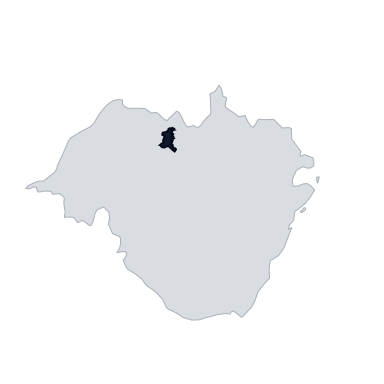 Chhloung, Krâchéh, Cambodia shown in context, rotated 225°
{"feature_id": "14789045B96545795392219", "entity_name": "Chhloung", "entity_type": "district", "adm_level": 2, "iso_a3": "KHM", "parent_name": "Cambodia", "parent_adm1": "Krâchéh", "projection": "robinson", "projection_center": [106.098, 12.159], "detail": "fine", "context": "in_parent", "style": "filled", "palette": "ink", "viewbox_px": 384, "rotation_deg": 225, "n_neighbors": 0, "source": "geoboundaries", "source_scale": "gbopen_adm2", "svg_char_len": 6784}
<svg xmlns="http://www.w3.org/2000/svg" viewBox="0 0 384 384"><g transform="rotate(225 192 192)"><path d="M311.8,77.0L312.6,80.0L310.6,85.6L308.5,90.6L304.6,95.0L304.4,98.3L303.1,108.0L303.6,111.1L304.5,113.7L305.8,115.2L309.2,124.7L312.4,133.3L315.4,140.4L316.0,144.9L313.2,156.3L309.9,166.7L310.2,171.9L311.6,177.1L313.1,184.1L313.7,193.0L312.9,198.8L311.4,202.4L308.6,206.1L306.1,207.9L303.1,204.8L300.8,204.7L297.6,205.6L295.1,207.1L290.0,212.5L284.4,217.7L276.6,219.1L273.5,223.0L270.3,223.5L264.1,223.7L260.1,224.7L260.3,226.6L260.0,235.9L260.0,238.1L259.4,238.7L256.6,238.9L251.9,237.5L245.5,235.2L240.9,234.8L238.6,238.9L237.2,240.5L235.5,240.7L233.7,241.4L233.1,243.2L232.9,245.5L233.8,249.4L234.1,255.5L233.9,259.7L235.5,262.3L245.3,271.2L248.2,273.5L248.5,274.8L246.8,279.6L248.4,286.4L245.3,286.3L240.2,283.4L237.7,281.6L234.8,283.0L233.7,282.7L231.7,279.4L229.1,276.0L226.4,275.8L220.7,277.1L214.9,278.0L212.7,278.0L211.8,278.7L208.4,283.7L207.0,282.9L201.1,280.9L195.8,280.2L194.6,281.5L195.3,285.7L196.5,289.7L195.8,291.4L192.8,293.5L188.9,297.4L186.6,300.4L184.9,301.1L179.0,301.0L173.1,301.4L170.7,304.2L168.5,306.4L166.6,307.0L158.9,300.0L143.6,297.6L141.9,294.5L140.4,293.9L139.0,297.9L130.6,301.7L127.1,299.4L124.5,296.6L124.9,293.2L127.3,290.4L131.5,288.4L133.5,281.3L130.3,272.3L127.5,269.7L124.6,267.6L121.5,270.9L118.9,276.7L116.2,279.6L112.3,280.3L106.7,280.1L104.6,271.5L103.9,264.1L104.6,255.7L105.5,250.8L100.1,243.9L99.8,237.4L97.2,234.0L96.5,235.7L96.5,237.6L95.8,236.2L87.3,217.1L85.9,208.2L87.4,201.4L88.3,199.1L85.8,195.5L82.4,191.4L76.3,186.0L75.9,177.5L74.6,167.5L72.8,164.2L70.0,158.0L68.5,152.9L68.0,139.4L68.8,138.3L73.1,137.9L78.7,137.0L79.6,134.8L78.6,133.0L82.2,129.9L87.3,123.3L91.2,116.3L94.1,111.8L95.8,107.5L101.5,101.3L109.4,97.0L114.8,96.0L120.3,94.5L125.7,92.4L128.2,92.2L134.8,94.7L138.4,95.4L142.2,95.4L146.1,95.6L149.5,95.4L157.6,93.6L166.2,95.0L173.9,93.9L183.4,91.9L188.1,93.2L192.4,95.2L193.0,99.3L194.0,101.2L195.4,102.6L197.3,102.6L199.7,99.7L201.7,96.8L202.4,96.2L202.5,97.7L203.5,100.9L205.3,104.0L207.1,106.1L210.2,108.9L212.2,109.1L218.7,106.4L228.5,110.2L229.6,112.2L232.8,116.0L236.2,118.8L243.8,119.0L246.5,112.2L245.2,108.0L240.9,100.7L239.7,96.4L241.1,95.7L248.4,94.8L249.6,94.0L251.2,89.3L253.2,89.8L257.3,90.4L261.6,87.2L264.2,83.8L265.6,85.4L267.1,87.7L268.7,89.1L271.8,91.2L275.3,94.0L277.4,96.8L279.1,97.9L283.5,97.1L284.6,97.3L287.2,93.8L288.9,92.0L290.4,92.5L292.6,92.5L297.2,88.1L299.8,84.1L301.2,83.1L305.3,85.0L307.0,84.6L309.3,79.2L311.8,77.0ZM101.7,260.2L100.9,260.7L100.1,260.7L99.3,259.9L99.4,256.8L99.9,254.9L101.3,254.6L101.7,260.2ZM114.4,290.5L112.7,292.6L110.0,288.3L110.0,287.1L114.4,290.5Z" fill="#d9dde1" stroke="#a8b0b8" stroke-width="1"/><path d="M250.9,223.8L251.0,223.6L251.4,223.4L251.2,223.2L251.0,222.7L251.3,222.7L251.5,222.8L251.6,223.0L251.6,222.9L251.7,222.6L251.7,222.1L251.9,221.8L252.0,221.7L252.1,221.9L252.3,221.8L252.5,221.5L253.0,221.6L253.0,221.4L252.7,221.0L252.6,220.9L252.6,220.7L252.7,220.4L252.9,220.4L252.9,220.2L253.0,220.1L253.3,220.2L253.4,219.7L252.8,219.4L252.7,219.2L252.2,219.0L252.2,218.9L252.3,218.5L252.5,218.4L252.4,218.1L252.5,217.8L252.2,217.5L252.2,217.4L252.4,217.3L252.5,217.3L252.4,217.1L252.5,216.8L252.8,216.8L252.8,216.7L252.7,216.5L252.5,216.4L252.4,216.2L252.5,216.0L252.9,215.9L253.1,215.8L253.1,215.7L253.2,215.3L253.3,215.4L253.4,215.1L253.6,215.1L253.6,214.9L253.5,214.7L253.5,214.4L253.8,214.3L253.8,214.2L253.7,214.1L253.8,214.0L254.0,214.1L254.1,213.9L254.5,213.9L254.8,213.4L254.6,213.1L254.7,212.9L254.4,212.7L253.9,212.1L254.0,211.7L253.9,211.6L253.9,211.4L253.7,211.3L253.6,211.2L253.5,211.3L253.4,211.4L253.4,211.5L253.1,211.5L252.9,211.5L252.8,211.4L252.6,211.4L252.3,211.6L252.1,211.7L251.6,211.6L251.0,211.7L250.7,211.7L250.4,211.5L250.4,211.3L250.3,211.0L250.3,210.8L250.3,210.4L250.0,209.9L249.6,209.3L249.5,209.1L249.6,208.9L249.6,208.7L249.3,208.5L249.0,208.1L248.7,207.4L248.2,207.4L247.9,207.3L247.4,207.3L247.3,207.1L247.2,207.0L247.3,206.7L247.3,206.4L247.6,205.5L247.8,205.2L247.8,204.9L248.0,204.7L248.0,204.1L247.8,203.6L247.8,203.4L248.1,202.9L248.1,202.6L248.1,202.2L248.0,202.3L247.8,202.4L247.6,202.4L247.1,202.5L246.5,202.3L245.6,202.2L244.8,202.3L244.4,202.4L244.0,202.8L243.9,203.1L243.7,203.2L243.6,203.3L243.5,203.6L243.0,203.9L242.7,203.9L242.7,204.3L242.6,204.9L242.0,206.1L241.7,206.5L241.1,207.3L240.7,207.5L240.3,207.6L240.1,207.8L239.7,207.8L239.1,207.7L235.0,207.8L233.3,208.1L232.7,208.1L232.7,208.4L232.7,209.0L232.9,209.2L232.9,209.5L233.0,209.5L233.0,210.0L233.1,210.5L233.3,210.9L233.4,211.0L233.6,210.9L233.7,211.1L233.8,211.0L233.8,210.7L234.1,210.6L234.0,210.4L234.1,210.2L234.3,210.0L234.5,210.2L234.5,210.3L234.8,210.4L234.8,210.2L235.0,210.2L235.0,210.3L235.1,210.6L235.2,210.4L235.3,210.5L235.5,210.5L235.8,210.6L236.0,210.5L236.0,210.4L236.4,210.4L236.4,210.2L236.5,210.1L236.5,210.3L236.7,210.5L236.9,210.3L237.0,210.3L237.2,210.2L237.3,210.2L237.5,210.5L237.6,210.4L237.9,210.5L238.0,210.8L238.0,211.0L238.2,211.3L238.4,211.2L238.5,211.3L238.5,211.1L238.6,211.3L238.9,211.4L239.0,211.3L239.3,211.4L239.4,211.2L239.5,211.1L239.7,210.9L239.9,211.0L239.9,211.3L240.0,211.3L240.0,211.2L240.3,211.1L240.3,211.3L240.3,211.5L240.2,211.7L239.9,211.6L240.0,211.9L240.3,212.1L240.4,212.3L240.4,212.0L240.5,212.0L241.0,212.1L241.2,212.3L241.1,212.6L241.3,212.9L241.2,213.0L241.5,213.2L241.5,213.5L241.4,213.9L241.4,214.0L241.5,214.1L241.6,213.9L241.8,214.0L242.0,213.9L242.0,214.1L242.2,213.9L242.5,213.8L242.6,213.6L242.8,213.5L242.8,213.9L242.6,214.0L242.8,214.1L243.0,214.6L243.5,214.9L243.5,215.3L243.3,215.2L243.2,215.4L243.4,215.6L243.5,215.6L243.4,215.8L243.4,216.0L243.1,216.1L242.9,216.1L243.0,216.4L242.8,216.6L242.7,216.5L242.7,216.8L242.6,217.0L242.8,217.0L243.0,217.0L242.7,217.5L242.8,217.5L243.0,217.5L243.0,217.4L243.3,217.3L243.5,217.3L243.4,217.5L243.8,217.6L244.0,217.5L244.1,217.9L244.1,218.1L244.3,218.1L244.5,218.2L244.6,217.9L244.8,217.9L244.9,218.0L245.1,217.8L245.1,218.0L245.3,218.0L245.3,217.9L245.7,217.9L245.6,218.2L245.6,218.3L245.8,217.8L245.9,218.0L246.2,218.3L246.1,218.5L246.4,218.6L246.3,218.8L246.7,218.8L246.6,219.0L246.8,218.9L246.9,219.1L246.9,219.5L247.0,219.4L247.0,219.1L247.2,219.3L247.4,219.0L247.6,219.0L247.6,219.3L247.9,219.3L248.0,219.7L248.3,219.6L248.4,219.8L248.6,219.9L248.8,220.0L248.7,220.2L248.7,220.3L249.0,220.5L249.2,220.8L248.9,221.0L249.0,221.1L249.2,221.5L248.9,221.6L248.9,222.0L248.7,222.1L248.7,222.3L248.7,222.9L248.8,223.0L248.8,223.4L248.7,223.5L248.4,223.7L248.5,223.7L248.9,223.7L248.9,223.8L248.8,224.0L249.0,224.4L249.1,224.6L249.1,224.4L249.4,224.3L249.4,224.2L249.5,224.0L249.8,223.8L249.9,223.7L250.1,223.6L250.0,223.8L250.4,223.6L250.5,223.8L250.9,223.9L250.9,223.8Z" fill="#0f172a" stroke="#020617" stroke-width="1.5"/></g></svg>